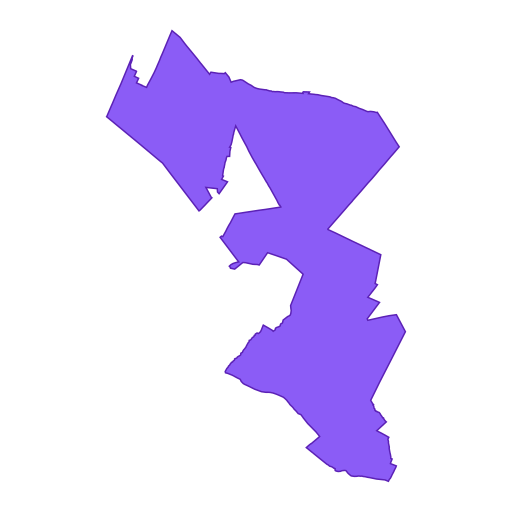 the district of Mazapiltepec de Juárez, Puebla, Mexico
{"feature_id": "50627088B71647640218880", "entity_name": "Mazapiltepec de Juárez", "entity_type": "district", "adm_level": 2, "iso_a3": "MEX", "parent_name": "Mexico", "parent_adm1": "Puebla", "projection": "mercator", "projection_center": [-97.694, 19.145], "detail": "fine", "context": "isolated", "style": "filled", "palette": "violet", "viewbox_px": 512, "rotation_deg": 0, "n_neighbors": 0, "source": "geoboundaries", "source_scale": "gbopen_adm2", "svg_char_len": 5977}
<svg xmlns="http://www.w3.org/2000/svg" viewBox="0 0 512 512"><path d="M309.5,92.0L303.3,91.8L302.7,92.7L303.0,93.4L296.2,92.8L289.1,92.9L284.4,92.7L283.4,92.2L280.3,91.9L279.1,91.7L277.3,91.6L275.1,91.7L273.4,91.5L272.6,91.6L272.2,91.5L271.9,91.4L271.3,91.0L269.7,90.9L269.2,90.8L267.8,90.3L267.3,90.3L266.6,89.9L266.0,89.8L265.2,89.8L259.9,89.1L258.8,88.9L257.1,88.5L255.1,87.8L253.8,87.2L251.3,85.4L248.3,83.9L243.5,80.7L242.4,80.1L240.5,79.7L233.5,81.3L231.1,82.2L228.9,77.0L225.3,72.7L224.3,73.6L220.6,73.4L218.7,73.4L210.9,72.2L209.6,74.3L201.1,63.7L200.7,63.3L196.9,58.4L191.4,51.7L187.0,46.4L184.4,43.1L180.1,37.4L172.0,30.7L169.8,35.8L162.2,54.0L160.8,57.1L159.5,60.5L157.4,65.3L156.4,67.7L154.2,72.5L151.2,78.3L150.2,80.2L149.1,82.2L147.3,85.6L146.6,87.4L141.7,85.4L141.8,85.2L136.5,82.9L138.6,78.3L134.3,76.3L136.5,71.4L136.4,71.2L130.7,68.7L130.4,64.4L131.1,62.8L132.2,59.7L132.2,58.8L132.1,57.9L132.9,56.0L132.5,55.8L120.9,83.9L115.9,95.2L111.9,104.7L111.8,104.8L107.0,116.0L106.6,116.7L138.6,143.1L160.7,161.6L162.5,163.0L169.5,172.3L199.0,210.9L200.0,210.2L203.6,206.5L204.9,205.2L207.4,202.5L210.0,199.8L211.8,197.9L211.5,197.8L205.9,187.4L217.3,188.7L217.5,192.0L219.1,193.7L226.9,182.7L227.5,181.8L221.6,179.4L223.4,176.1L222.6,175.7L223.5,169.6L223.9,168.1L224.2,167.4L224.3,166.6L224.6,165.0L224.8,164.1L225.0,162.6L225.6,161.1L226.1,159.6L226.3,158.1L227.0,156.4L229.6,156.4L229.9,151.3L230.8,147.5L229.6,147.2L231.1,144.7L231.9,141.7L232.8,137.2L233.1,135.3L233.5,134.3L233.8,132.4L235.7,125.9L240.0,134.0L241.7,137.4L246.8,146.8L248.8,151.1L252.1,157.3L254.9,162.2L255.9,163.8L258.1,167.7L259.4,170.0L259.5,170.0L259.9,170.9L262.9,176.0L264.2,178.1L265.5,180.4L266.5,182.1L267.0,182.7L268.7,185.9L269.9,187.7L276.1,198.9L276.8,200.1L278.0,202.7L279.4,205.1L279.7,205.1L280.9,207.0L280.7,207.1L278.5,207.4L265.6,209.4L258.8,210.3L235.0,213.9L233.6,216.5L230.3,222.9L229.0,225.0L227.1,228.5L225.8,231.2L222.8,236.6L221.5,236.1L220.1,237.3L238.7,261.9L235.7,262.6L233.0,263.5L230.9,264.7L229.3,266.2L230.4,267.5L230.5,268.2L234.7,269.1L239.4,265.3L240.7,264.2L242.9,262.5L245.6,262.7L251.6,264.0L252.4,264.2L253.0,264.3L257.4,264.5L259.2,265.0L267.6,252.7L276.5,255.7L282.5,257.8L286.5,259.2L303.1,274.2L290.6,305.6L290.9,308.6L291.2,310.5L290.8,313.5L290.2,315.1L289.1,315.9L287.6,316.6L283.1,320.1L283.0,320.9L282.8,321.3L282.8,321.8L282.5,322.8L281.9,323.4L281.3,323.5L280.6,324.1L280.4,324.5L280.4,324.9L280.3,325.6L280.0,326.1L279.4,326.3L279.3,326.5L278.2,327.0L277.2,327.2L275.6,328.1L275.4,328.4L275.4,329.0L275.3,329.6L275.0,330.0L274.8,330.1L274.6,330.3L274.0,330.7L273.2,331.3L272.4,330.4L268.6,328.1L263.3,325.1L263.1,325.5L261.3,330.1L260.7,331.3L260.2,332.0L258.9,333.2L258.4,333.5L257.9,333.4L257.2,333.0L256.6,333.2L256.2,333.6L255.8,333.8L255.4,334.0L255.1,335.0L254.9,335.3L254.3,335.4L254.1,335.9L253.9,336.5L253.6,336.9L252.4,337.5L251.1,339.4L250.5,340.0L250.1,340.2L249.6,340.2L249.2,340.4L249.3,340.7L249.3,341.2L249.1,341.7L248.2,342.7L246.5,345.8L245.7,347.5L245.3,347.9L244.4,349.1L243.9,349.6L243.2,350.5L242.7,351.6L242.4,352.4L241.2,353.0L240.8,353.3L240.8,354.2L240.6,355.0L240.1,355.4L238.2,356.5L237.4,357.0L237.0,357.7L236.7,358.0L236.0,358.4L235.4,358.5L234.9,358.7L234.6,359.0L234.6,359.6L234.3,360.3L233.0,361.2L232.5,362.1L231.5,362.3L230.8,363.4L230.3,363.9L229.9,364.6L229.5,365.3L228.9,365.7L228.4,366.3L228.0,367.3L226.9,368.4L225.2,371.5L225.5,372.8L227.8,373.4L232.3,375.2L237.1,377.8L239.6,379.0L240.3,379.4L241.2,381.4L243.2,383.5L244.5,384.3L247.6,385.7L254.7,389.2L261.5,391.7L265.8,392.3L266.1,392.3L266.3,392.3L268.3,392.3L269.9,392.4L270.5,392.5L273.0,393.0L276.4,394.2L278.4,395.0L281.8,396.5L283.5,397.3L284.8,398.4L286.9,400.4L287.6,401.5L288.7,402.7L289.9,404.5L291.2,405.8L292.1,406.6L293.2,407.8L294.0,409.0L295.3,410.3L296.3,411.3L298.2,413.6L300.9,414.6L303.2,417.7L303.2,417.8L307.0,422.6L307.7,423.5L315.9,431.8L319.7,436.5L311.2,443.7L310.9,443.7L309.1,445.1L306.3,447.6L322.1,460.4L327.1,464.4L327.9,464.7L329.7,466.2L331.6,466.7L333.0,467.5L333.6,468.1L334.5,468.3L335.1,468.6L335.2,469.0L335.0,469.7L335.1,470.2L335.4,470.7L336.4,471.1L338.1,471.5L340.5,471.3L341.9,470.7L344.6,470.4L345.9,470.6L346.7,471.5L347.5,472.7L348.6,473.8L350.0,475.0L351.2,475.9L354.3,476.4L356.8,476.3L358.5,476.0L360.7,476.2L361.8,476.1L363.3,476.5L365.2,476.7L367.7,477.3L369.7,477.6L376.4,479.0L384.9,479.9L388.4,481.3L389.2,479.7L389.5,479.2L390.1,478.6L390.4,478.2L391.4,476.3L392.2,474.5L392.6,473.8L393.8,471.5L394.4,470.1L395.8,467.4L396.3,465.9L390.4,463.6L390.9,462.0L391.5,460.6L392.1,459.0L390.8,458.5L390.8,456.8L390.4,454.5L389.9,452.5L389.2,448.4L389.3,447.1L388.4,442.7L388.5,442.0L388.4,441.2L387.9,439.2L388.8,437.3L386.7,436.1L381.5,433.2L378.5,431.7L376.7,430.7L386.3,421.9L385.3,421.0L384.6,420.1L384.0,419.3L383.5,417.9L382.8,417.9L381.6,416.0L380.7,414.8L380.2,413.8L379.8,413.3L379.3,412.6L378.8,412.3L378.0,412.1L377.6,411.9L377.1,411.8L377.0,411.5L375.7,411.1L375.8,410.8L374.8,410.1L374.9,409.1L374.0,408.1L373.8,406.5L373.5,405.6L373.0,405.0L373.5,404.6L372.7,403.7L372.5,403.4L370.7,400.3L379.9,381.6L391.6,358.8L405.4,331.7L396.4,314.7L389.2,315.7L382.5,317.0L367.8,320.3L367.2,318.8L379.5,302.4L367.8,297.3L375.0,288.1L377.4,284.7L375.1,283.5L375.7,280.8L380.8,254.7L351.6,240.8L335.3,232.9L327.9,229.5L327.8,229.1L344.5,210.0L348.7,205.1L352.0,201.5L352.9,200.3L355.1,197.8L361.4,190.7L362.4,189.5L367.7,183.3L371.9,178.7L376.1,173.8L379.2,170.0L384.5,164.0L390.8,156.5L392.8,154.3L398.0,148.2L399.2,146.8L395.8,141.6L385.0,124.1L377.3,112.3L376.5,112.5L375.2,112.2L373.9,111.8L370.7,111.4L369.3,111.5L368.0,111.7L366.7,111.3L362.6,109.5L359.1,108.3L355.8,106.7L353.3,106.2L351.3,105.2L350.3,105.1L346.8,103.8L344.9,103.4L343.5,102.9L341.8,101.6L340.7,101.0L337.8,99.6L335.4,98.3L333.1,97.7L331.7,97.6L330.4,97.0L329.6,96.8L327.9,96.5L321.3,95.5L317.8,94.7L315.3,94.5L314.1,94.3L310.9,94.0L309.7,93.8L308.5,93.7L309.5,92.0Z" fill="#8b5cf6" stroke="#5b21b6" stroke-width="1.5"/></svg>